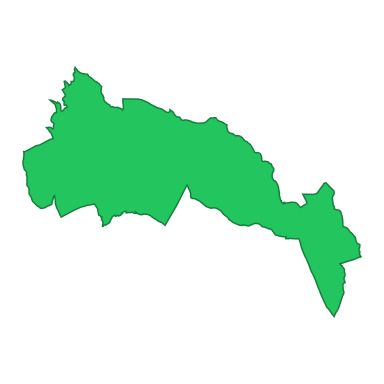 outline of Mariano Escobedo, Veracruz, Mexico
{"feature_id": "50627088B59483317107239", "entity_name": "Mariano Escobedo", "entity_type": "district", "adm_level": 2, "iso_a3": "MEX", "parent_name": "Mexico", "parent_adm1": "Veracruz", "projection": "orthographic", "projection_center": [-97.17, 18.926], "detail": "fine", "context": "isolated", "style": "filled", "palette": "green", "viewbox_px": 384, "rotation_deg": 0, "n_neighbors": 0, "source": "geoboundaries", "source_scale": "gbopen_adm2", "svg_char_len": 5897}
<svg xmlns="http://www.w3.org/2000/svg" viewBox="0 0 384 384"><path d="M40.3,208.3L42.2,208.4L44.5,207.8L49.3,205.4L51.7,204.4L52.3,200.9L53.1,199.1L53.6,196.3L54.6,195.6L55.3,200.0L55.3,202.6L55.9,205.4L56.9,208.2L58.3,210.8L59.9,214.8L61.2,217.1L74.6,209.9L80.5,207.3L81.6,206.9L84.6,206.2L86.6,205.5L94.4,204.1L95.0,204.8L97.6,208.8L98.7,215.0L100.3,215.8L101.3,217.7L101.5,217.7L101.9,217.4L101.5,219.9L102.3,220.3L103.0,222.7L103.4,223.1L103.0,224.0L102.5,226.3L103.4,226.2L103.2,224.8L105.6,225.2L109.5,222.6L111.0,219.3L112.4,216.7L114.5,215.1L115.0,215.9L115.3,216.1L116.1,216.2L117.5,215.2L118.0,215.9L118.8,216.0L120.8,215.1L121.0,214.2L122.5,213.5L122.3,213.1L122.0,212.9L122.1,212.7L123.7,211.8L125.8,211.2L126.0,212.8L126.5,213.0L127.6,212.7L130.0,212.5L130.6,212.6L131.4,212.4L132.2,212.0L134.0,213.3L136.0,213.4L135.7,212.0L136.8,213.0L139.2,214.4L141.6,214.7L143.5,214.2L145.2,214.1L147.7,214.4L150.5,215.7L152.5,217.4L157.2,220.2L158.0,221.0L161.9,222.7L163.2,223.6L165.0,225.4L176.5,205.7L187.0,184.9L187.6,186.0L188.7,189.0L189.5,190.0L190.6,193.4L190.8,197.4L192.1,198.5L194.6,198.6L199.4,200.9L206.1,206.5L210.4,208.1L212.1,208.1L213.9,207.7L216.2,208.2L220.7,210.6L223.6,214.3L227.6,217.4L228.6,218.6L228.7,219.3L231.3,221.0L232.8,222.4L238.9,225.0L241.5,225.5L242.7,225.4L243.0,224.8L248.5,226.0L254.7,223.4L257.0,223.5L258.6,223.8L260.6,224.8L261.9,226.6L264.3,227.0L267.3,228.1L269.0,229.0L269.7,228.9L271.4,229.4L274.2,233.2L275.2,234.8L280.9,236.4L285.3,236.9L286.3,236.9L285.7,238.6L288.5,238.8L289.2,238.4L296.6,238.9L298.6,238.7L299.0,238.9L300.4,243.1L301.5,247.7L302.9,251.4L305.1,256.6L306.0,258.0L306.8,259.9L309.0,265.0L310.0,268.2L311.8,272.4L312.8,274.0L315.5,280.2L318.4,288.0L320.3,292.5L320.2,292.5L320.4,293.1L323.0,299.1L326.6,306.8L329.5,310.1L331.9,313.7L334.1,316.5L335.6,313.1L337.6,310.0L339.1,306.6L342.2,297.0L343.9,293.0L343.9,291.9L343.6,290.9L343.2,290.0L342.9,284.8L343.4,283.6L344.4,282.9L345.0,282.8L345.1,282.5L344.0,279.0L344.1,277.5L344.8,276.5L345.0,274.3L344.4,271.6L344.5,270.6L344.3,269.2L343.8,268.3L342.7,267.2L342.3,266.2L341.7,265.8L341.6,265.5L340.2,264.6L340.2,264.3L339.9,263.7L343.8,262.7L345.6,262.0L350.7,260.4L352.1,260.1L356.4,258.5L359.2,257.1L360.4,257.2L361.0,256.6L360.3,255.8L359.5,254.0L359.6,252.6L359.9,252.4L359.8,251.4L359.1,250.5L358.8,249.7L359.3,248.4L359.7,247.0L359.9,245.5L359.8,244.6L357.2,243.4L356.2,241.6L355.3,237.5L352.6,234.1L351.0,232.5L350.1,232.1L348.7,229.9L347.2,228.1L345.4,227.2L343.2,226.7L342.8,224.4L342.8,221.9L342.6,219.3L341.6,214.4L340.8,212.0L339.5,210.4L338.7,210.1L337.6,210.1L334.3,209.0L334.3,206.5L333.4,205.5L333.4,204.9L332.8,204.1L333.1,203.1L332.8,201.8L332.3,197.5L334.1,193.9L334.0,191.1L325.8,182.7L324.0,183.4L323.1,185.0L322.0,186.5L320.1,188.9L319.2,190.3L317.9,192.1L316.7,193.4L315.9,193.9L312.8,194.4L302.8,194.2L305.5,199.5L306.2,200.7L306.8,202.6L306.7,203.6L306.4,203.9L303.7,205.4L300.7,207.5L299.4,206.3L297.6,204.1L296.6,203.1L295.2,202.5L291.3,202.2L284.0,203.6L284.6,202.5L281.9,202.8L281.3,200.7L280.7,200.8L279.0,193.5L279.5,193.4L278.2,186.2L277.8,185.5L277.6,184.6L277.0,183.8L276.4,182.3L275.2,180.9L273.9,180.5L273.1,179.5L272.2,177.4L272.1,175.4L272.5,172.7L273.5,171.5L273.8,168.8L272.0,166.2L271.5,164.7L271.2,164.0L269.4,163.2L268.2,161.9L266.0,161.4L264.5,161.2L263.6,161.6L262.3,161.1L261.7,159.8L261.6,157.3L261.2,155.5L260.0,153.5L258.7,152.9L257.1,152.5L256.2,152.8L254.4,152.2L253.6,149.9L250.3,144.5L248.5,143.3L247.3,141.9L244.6,140.7L243.9,139.6L243.1,138.8L242.4,137.7L239.7,136.0L237.4,135.6L235.5,135.9L234.7,135.4L233.1,133.8L229.5,133.0L227.7,130.8L226.9,127.9L226.7,126.1L227.0,125.0L225.2,124.1L223.6,122.9L221.3,121.7L218.8,121.0L217.2,119.9L215.8,117.8L214.3,117.7L212.2,118.2L210.7,117.9L208.0,120.0L205.9,122.1L203.6,123.0L199.1,123.2L196.8,123.2L194.1,122.4L192.2,122.2L191.8,121.6L188.9,120.6L185.7,119.9L183.0,120.3L181.4,119.9L180.3,118.0L179.4,117.1L177.9,117.0L176.4,116.7L174.3,114.5L173.3,112.2L170.0,109.7L170.0,111.6L168.4,112.4L166.6,112.3L161.7,109.0L159.8,108.4L157.2,107.7L150.7,104.4L148.6,102.9L142.0,99.9L138.2,99.1L122.9,98.9L122.9,103.1L123.3,104.6L123.4,108.6L122.6,110.0L122.0,109.2L121.3,108.8L119.8,108.1L118.9,108.1L118.2,107.4L114.2,107.4L112.6,106.7L112.0,106.9L110.7,106.7L110.3,106.1L109.6,105.0L109.0,104.5L107.6,104.0L106.3,102.7L105.0,101.9L103.9,99.8L103.6,98.6L103.9,97.6L103.0,96.2L102.9,95.2L101.6,93.7L100.9,91.1L101.7,86.8L99.9,84.9L99.4,84.0L97.2,82.4L96.7,81.9L94.8,81.1L91.0,77.7L88.7,76.4L87.8,74.5L86.9,74.0L85.8,74.2L81.7,73.4L80.0,72.6L78.1,71.3L75.1,67.5L74.4,69.2L75.1,71.9L74.7,72.5L73.5,73.3L73.3,74.2L73.4,75.3L74.3,77.0L74.5,77.9L74.3,78.8L74.0,79.8L73.8,80.8L73.6,81.1L73.3,81.4L71.2,81.5L71.1,83.8L70.7,84.2L68.8,85.5L68.6,84.5L67.1,82.7L65.0,81.0L64.2,81.4L65.5,87.6L62.3,89.7L64.8,94.0L65.5,95.9L62.9,98.2L63.0,98.7L62.5,99.4L62.6,99.8L64.4,102.0L64.0,103.4L64.2,105.2L66.0,104.8L66.6,105.9L67.1,107.3L64.9,108.2L62.7,111.0L61.8,111.1L61.3,110.8L61.0,109.7L60.7,108.6L60.8,106.4L59.9,103.6L59.2,103.1L58.7,102.9L57.8,102.1L57.7,102.6L56.9,103.3L55.9,102.3L51.9,100.4L50.1,100.1L51.3,101.3L55.4,104.7L55.6,106.5L56.5,108.6L56.4,112.6L54.6,112.9L53.3,114.6L51.7,117.0L51.0,119.4L51.1,120.8L51.9,121.9L54.1,123.5L54.0,124.3L53.5,125.6L53.3,128.7L52.7,129.0L51.0,127.6L49.2,127.2L46.5,127.6L47.4,128.7L48.7,129.8L49.5,131.6L50.7,132.4L52.9,137.5L53.2,138.6L50.0,139.4L39.9,144.9L36.1,145.7L26.4,151.0L24.4,151.7L23.7,151.6L23.9,152.6L23.9,156.0L23.6,158.1L23.6,159.1L23.1,160.7L23.0,163.8L23.3,165.8L23.8,167.3L24.0,168.6L24.7,169.7L26.5,171.9L26.7,173.7L26.4,174.1L26.4,175.0L27.0,176.7L27.1,177.6L26.9,180.0L27.2,181.0L26.9,183.6L27.0,185.0L27.2,185.9L28.3,186.8L28.4,187.2L29.0,188.4L29.1,193.7L29.3,194.5L30.9,196.6L31.4,197.7L31.5,198.5L32.4,200.8L32.8,201.5L33.5,202.2L34.8,203.3L37.0,205.7L39.5,207.3L40.3,208.3Z" fill="#22c55e" stroke="#15803d" stroke-width="1.5"/></svg>